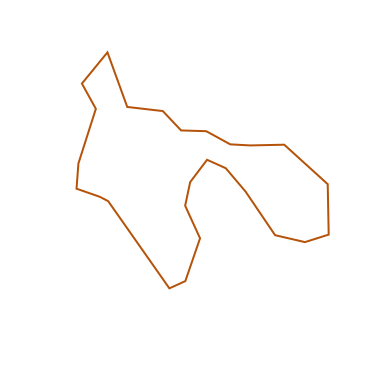 Aravan, Osh, Kyrgyzstan, rotated 202°
{"feature_id": "92254566B45437421976043", "entity_name": "Aravan", "entity_type": "district", "adm_level": 2, "iso_a3": "KGZ", "parent_name": "Kyrgyzstan", "parent_adm1": "Osh", "projection": "equal_earth", "projection_center": [72.448, 40.46], "detail": "fine", "context": "isolated", "style": "outline", "palette": "amber", "viewbox_px": 384, "rotation_deg": 202, "n_neighbors": 0, "source": "geoboundaries", "source_scale": "gbopen_adm2", "svg_char_len": 497}
<svg xmlns="http://www.w3.org/2000/svg" viewBox="0 0 384 384"><g transform="rotate(202 192 192)"><path d="M300.3,151.8L275.8,153.0L266.3,152.1L176.9,94.2L164.8,106.9L167.2,152.1L193.2,176.7L197.4,200.5L190.1,227.5L169.6,226.7L142.4,212.4L98.8,183.1L68.6,187.8L49.3,203.7L69.1,250.1L124.2,270.4L150.3,259.2L155.7,256.9L174.4,250.5L201.6,253.7L225.2,245.0L249.4,256.1L283.9,246.6L322.7,289.8L334.7,251.3L312.3,233.1L308.0,175.9L300.3,151.8Z" fill="none" stroke="#b45309" stroke-width="2"/></g></svg>